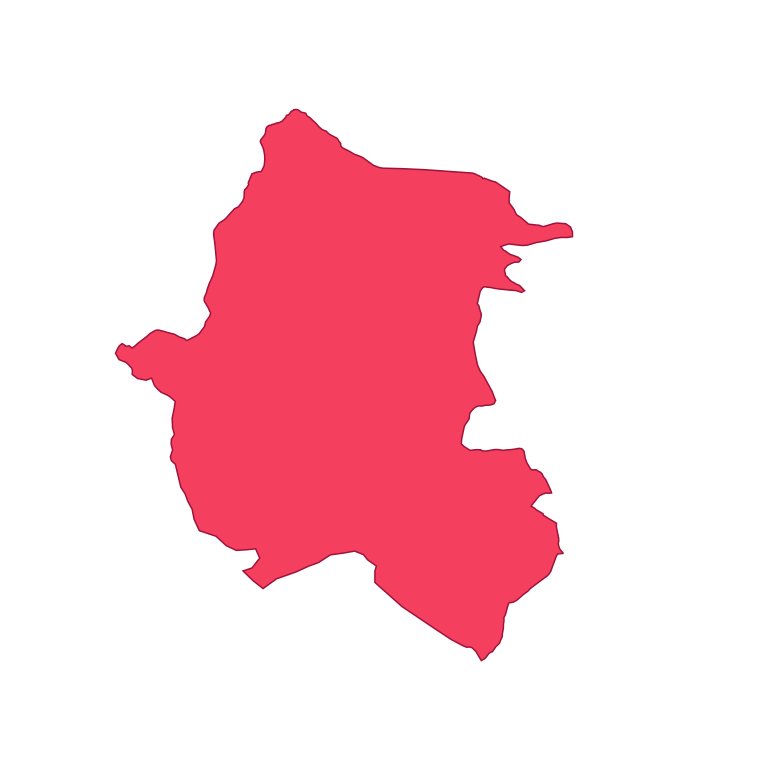 outline of Techiman North, Brong Ahafo, Ghana, rotated 36°
{"feature_id": "2480657B75157144819377", "entity_name": "Techiman North", "entity_type": "district", "adm_level": 2, "iso_a3": "GHA", "parent_name": "Ghana", "parent_adm1": "Brong Ahafo", "projection": "robinson", "projection_center": [-1.962, 7.702], "detail": "fine", "context": "isolated", "style": "filled", "palette": "rose", "viewbox_px": 768, "rotation_deg": 36, "n_neighbors": 0, "source": "geoboundaries", "source_scale": "gbopen_adm2", "svg_char_len": 6170}
<svg xmlns="http://www.w3.org/2000/svg" viewBox="0 0 768 768"><g transform="rotate(36 384 384)"><path d="M148.0,513.6L148.8,517.0L155.2,520.0L162.4,518.2L164.4,518.3L170.7,519.5L172.7,521.2L174.7,524.3L181.4,524.4L189.4,520.7L192.5,515.9L199.3,520.2L203.7,521.2L208.6,521.7L215.0,520.4L217.8,520.1L225.4,520.8L229.0,527.9L232.6,536.0L238.5,543.5L244.2,548.1L244.5,553.7L247.1,557.7L251.8,561.7L253.9,568.4L257.0,571.0L262.4,571.6L280.4,587.0L287.7,589.8L294.4,594.3L302.4,598.1L309.8,605.0L320.8,611.2L337.7,605.9L351.6,607.5L362.3,605.4L370.8,598.4L377.0,592.8L385.8,597.9L385.3,610.5L379.8,618.1L393.8,620.1L406.4,620.6L411.5,604.9L423.3,587.7L430.4,575.2L436.0,566.9L441.1,553.7L450.9,544.3L458.5,536.4L467.9,534.1L474.1,535.9L484.8,535.7L486.6,540.7L493.3,549.9L529.5,553.5L573.7,551.9L588.6,551.2L602.0,549.3L605.5,548.4L608.2,546.2L610.7,545.6L615.9,546.5L620.3,548.4L625.3,550.6L627.0,546.8L627.2,543.9L627.2,540.6L628.0,538.2L629.0,537.0L629.1,536.8L628.9,530.7L629.8,525.8L629.0,523.1L628.2,519.2L628.2,518.8L627.1,517.5L624.0,511.2L622.1,508.5L620.1,504.8L618.4,502.7L617.7,498.9L615.1,492.2L613.9,488.6L614.0,487.1L615.4,486.1L616.8,484.5L618.5,481.1L619.3,477.6L620.5,472.3L622.2,467.0L622.7,462.8L628.2,445.2L628.6,444.5L629.2,441.0L629.0,437.4L627.9,433.8L624.5,421.6L624.5,419.3L628.4,415.9L627.8,415.3L624.2,414.6L623.2,414.1L622.1,413.4L621.0,412.7L619.6,411.5L618.7,410.5L618.1,409.4L617.8,408.4L617.2,407.7L616.6,406.9L616.3,406.6L615.7,405.8L615.3,405.6L613.5,403.8L611.4,402.0L610.2,400.8L609.2,399.9L609.0,399.7L608.1,398.9L606.6,397.2L606.3,396.7L605.5,395.3L594.3,396.3L593.9,396.3L592.8,396.2L592.2,396.3L591.6,396.4L590.4,396.6L589.8,396.4L589.4,396.1L589.2,395.6L588.5,395.5L587.9,395.6L586.3,395.7L583.1,396.1L581.6,396.2L580.4,396.2L579.3,396.0L576.9,396.1L575.5,396.4L575.0,396.5L575.0,395.8L574.8,395.5L574.7,395.0L574.9,393.1L574.9,391.7L575.1,389.9L575.1,388.7L575.1,387.1L575.1,386.6L575.2,386.1L575.3,385.2L575.3,383.7L575.7,382.5L576.0,381.9L576.3,381.5L576.7,380.7L577.1,379.6L577.9,378.7L578.2,378.3L578.8,377.5L579.0,377.2L580.0,376.5L580.6,376.1L581.2,375.6L581.8,375.3L583.6,373.7L583.1,373.2L579.7,371.1L571.3,366.4L567.2,365.2L564.9,363.9L562.6,363.4L559.7,363.9L557.7,363.9L555.8,365.2L554.1,366.6L552.2,366.5L546.0,363.8L541.9,361.1L539.7,358.8L536.6,356.0L534.2,355.4L532.6,355.8L530.9,356.8L528.4,359.5L524.9,362.8L521.5,365.6L519.0,367.9L515.4,369.7L513.7,370.7L511.8,372.2L506.3,378.0L503.9,379.7L502.8,380.2L502.1,380.4L501.5,380.6L501.0,380.6L500.8,380.4L500.2,380.8L499.1,381.7L497.7,382.5L497.2,383.0L496.3,383.7L495.8,384.1L495.2,384.7L494.4,385.5L492.7,387.1L485.5,387.5L481.7,387.0L478.8,382.1L474.4,372.2L474.2,371.8L474.0,371.2L473.7,370.1L473.7,369.5L473.4,362.7L473.4,362.2L471.3,358.6L470.7,357.3L470.6,354.5L470.8,352.8L471.0,351.2L471.6,349.1L472.3,347.7L473.4,346.2L474.1,345.5L475.4,344.9L476.3,344.2L478.1,342.1L479.7,340.7L481.1,339.6L482.0,338.8L482.9,337.8L483.9,336.6L484.6,335.2L484.0,331.7L481.3,330.1L476.1,326.6L460.6,319.2L454.4,317.1L448.5,313.7L440.8,306.7L431.6,297.7L427.6,286.5L425.6,282.5L425.3,279.3L425.1,277.2L422.6,271.7L421.8,270.6L421.1,269.8L419.9,269.0L418.6,268.1L416.9,266.8L415.0,265.1L412.3,264.2L407.2,252.1L407.2,248.2L407.7,246.8L408.9,245.8L411.0,244.8L414.0,243.0L417.3,241.6L421.1,239.6L431.4,233.6L435.9,230.8L441.5,228.9L441.8,228.3L442.9,225.9L435.7,224.6L432.1,225.5L429.8,225.6L427.7,226.0L425.1,226.0L420.5,224.9L418.9,225.0L417.0,223.2L415.4,222.0L414.0,220.1L414.1,216.4L414.6,214.7L416.4,211.2L418.0,208.8L421.4,206.1L421.5,205.6L421.7,202.8L420.9,202.7L418.6,202.7L417.9,202.6L416.5,203.1L413.9,203.7L410.7,204.8L408.4,205.1L406.7,205.2L405.3,205.1L403.9,205.1L402.1,205.5L401.2,205.2L397.7,204.3L399.9,200.9L402.6,197.4L414.5,190.7L418.5,187.3L424.1,180.0L431.1,172.8L436.6,165.7L441.3,161.2L446.0,157.9L449.9,154.0L449.1,152.9L447.1,150.2L446.7,150.0L442.7,147.4L436.8,147.5L431.6,150.7L429.2,152.2L426.7,154.8L424.4,157.9L420.9,162.4L419.8,163.3L417.2,164.2L416.1,164.3L414.9,165.2L407.0,169.7L397.2,168.9L391.6,169.1L385.7,166.0L378.8,163.9L376.2,160.4L372.7,154.5L355.5,155.0L352.6,156.2L344.0,158.6L343.7,159.5L343.3,159.9L342.5,159.4L341.4,159.2L340.4,159.4L333.3,160.7L331.2,161.6L290.8,186.8L272.6,198.8L256.3,210.0L253.4,211.5L247.1,213.3L233.6,213.3L229.2,214.3L226.2,215.2L224.9,215.6L219.9,216.0L211.8,217.3L210.2,217.1L209.1,216.7L208.6,216.3L208.2,215.9L208.0,215.2L207.8,215.0L207.6,214.9L207.3,214.8L205.9,214.3L204.4,213.9L202.9,213.2L201.9,212.9L201.4,212.9L200.8,212.9L197.0,213.5L195.4,213.7L193.9,213.9L192.4,214.0L191.2,213.8L189.7,213.6L188.8,213.5L188.2,213.5L187.7,213.6L186.8,214.0L185.9,214.2L184.9,214.4L183.4,214.5L182.5,214.3L181.1,214.3L179.9,214.1L176.6,213.3L174.4,212.9L173.7,212.8L172.3,212.7L171.0,212.6L168.7,212.2L166.6,212.1L165.1,212.3L164.1,212.2L163.3,211.9L162.4,211.4L161.7,211.0L161.2,211.0L160.8,211.2L158.4,212.2L157.4,212.6L156.6,212.8L156.3,212.8L155.3,212.6L152.9,212.8L151.2,213.8L149.6,215.4L149.6,216.3L148.7,218.1L148.7,222.0L147.2,224.1L147.4,224.9L147.8,225.6L147.2,230.2L147.0,231.7L145.2,234.6L143.9,235.7L141.9,238.9L141.0,239.6L140.3,241.3L138.9,242.5L138.3,244.5L138.2,245.4L138.4,246.6L140.0,249.7L140.5,250.7L140.9,251.8L141.0,253.6L140.9,255.9L140.8,258.4L141.0,259.6L141.2,260.2L142.1,261.1L144.2,262.2L146.5,263.5L148.1,264.6L149.4,265.6L152.7,268.8L155.7,272.6L158.7,277.7L159.6,282.5L159.8,284.2L156.5,287.3L153.6,291.6L155.9,301.1L157.4,302.3L157.5,306.1L157.1,308.9L158.0,310.7L161.4,315.7L162.2,319.0L162.1,326.1L160.1,330.0L159.5,334.8L158.7,343.0L158.1,345.5L156.0,350.7L156.1,359.4L157.9,362.8L164.8,370.0L175.9,382.6L177.9,386.4L181.8,397.1L183.0,402.4L183.5,405.2L185.3,411.2L186.7,414.7L187.7,419.3L188.8,421.4L190.3,422.8L196.5,425.4L200.5,427.7L201.9,428.2L203.1,431.7L203.2,438.8L205.0,442.9L204.9,449.2L204.9,452.1L203.9,454.9L200.9,460.9L198.9,464.8L196.3,464.6L192.7,465.6L191.1,466.2L185.3,466.9L179.0,469.4L174.3,471.1L169.6,473.0L167.6,474.9L165.1,480.5L163.9,486.0L160.9,495.9L160.2,499.6L159.0,503.0L155.5,502.8L153.0,505.3L152.3,505.1L151.3,505.0L150.4,505.1L148.4,505.2L147.5,508.3L147.6,511.3L148.0,513.6Z" fill="#f43f5e" stroke="#9f1239" stroke-width="1.5"/></g></svg>